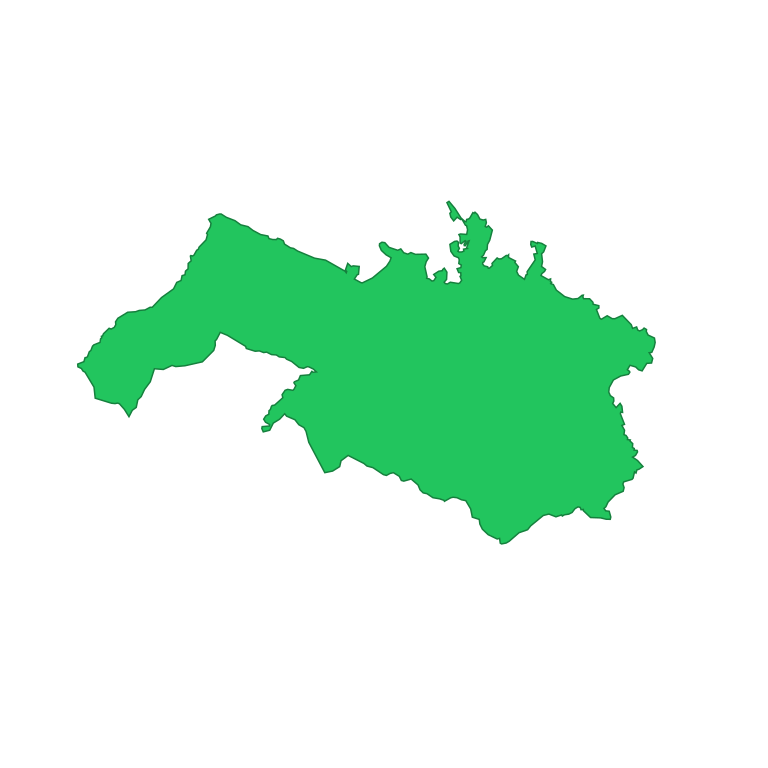 outline of Parva, Bistrita-Nasaud, Romania, rotated 240°
{"feature_id": "2599482B44846698630488", "entity_name": "Parva", "entity_type": "district", "adm_level": 2, "iso_a3": "ROU", "parent_name": "Romania", "parent_adm1": "Bistrita-Nasaud", "projection": "mercator", "projection_center": [24.578, 47.424], "detail": "fine", "context": "isolated", "style": "filled", "palette": "green", "viewbox_px": 768, "rotation_deg": 240, "n_neighbors": 0, "source": "geoboundaries", "source_scale": "gbopen_adm2", "svg_char_len": 6171}
<svg xmlns="http://www.w3.org/2000/svg" viewBox="0 0 768 768"><g transform="rotate(240 384 384)"><path d="M402.4,581.2L407.0,579.2L410.6,582.4L418.0,585.6L418.6,588.3L422.6,593.3L426.9,590.9L429.8,587.8L429.1,587.0L433.1,584.1L433.9,582.6L431.4,580.8L428.7,580.4L427.9,583.9L420.4,582.0L421.6,578.7L415.9,577.0L409.7,564.1L407.2,562.9L407.5,561.6L404.4,558.0L411.0,554.9L415.2,555.2L418.4,559.0L423.9,558.1L424.7,559.4L431.3,555.1L433.6,556.5L433.3,555.2L434.2,554.2L433.7,548.3L434.9,545.9L436.6,545.0L434.4,537.8L432.4,537.2L431.6,533.3L432.1,532.2L433.7,532.4L436.2,529.8L438.5,529.4L439.9,530.3L439.8,531.6L442.4,535.6L444.1,532.6L445.3,532.1L445.9,534.7L448.7,538.5L449.0,540.6L453.1,543.4L455.7,547.5L463.1,554.8L468.8,553.5L468.5,551.2L469.8,550.4L472.5,553.3L475.7,554.4L476.4,551.9L478.9,549.5L484.1,549.7L487.3,548.7L486.8,547.4L488.0,546.7L484.9,541.4L484.6,539.8L485.2,537.9L483.5,536.2L484.4,535.3L489.3,533.7L500.6,533.2L509.7,531.6L509.6,529.2L499.5,528.4L498.9,526.4L495.2,525.3L490.4,525.9L491.9,530.7L488.1,532.6L487.7,533.9L480.7,533.9L479.9,534.7L475.8,533.5L472.2,530.4L475.7,525.2L476.0,523.6L473.3,523.4L467.9,520.4L466.9,521.1L467.6,526.0L466.7,526.4L464.9,523.2L463.7,522.7L463.1,523.5L465.8,528.4L465.5,529.4L460.4,523.4L459.8,523.7L461.0,520.3L459.2,519.7L459.4,517.5L460.7,515.1L462.0,514.3L463.8,517.1L466.4,517.2L469.5,519.3L471.3,518.7L472.2,516.4L472.0,510.9L465.4,508.2L459.9,508.7L456.1,511.6L454.0,511.3L450.9,509.0L448.4,510.4L446.4,508.8L447.3,504.9L443.2,504.4L442.0,506.1L439.2,504.7L439.2,503.7L435.0,503.1L433.6,500.1L433.8,498.7L439.0,492.3L438.9,488.9L440.3,487.3L442.1,487.0L443.3,490.5L449.4,494.4L454.2,494.1L453.8,492.0L453.0,491.2L454.3,487.8L454.0,481.8L450.4,482.3L448.6,478.8L449.2,477.0L452.3,475.8L454.2,473.8L455.3,474.9L465.2,478.0L468.8,481.7L470.8,485.5L475.5,485.2L480.6,476.0L484.4,473.0L484.5,469.6L487.8,466.7L492.6,466.1L492.9,462.8L499.8,456.7L506.0,455.4L507.8,453.1L507.7,450.3L506.0,449.1L501.0,448.5L494.8,450.4L489.8,453.3L487.5,450.6L484.7,445.0L481.6,427.0L482.4,415.8L483.2,414.8L489.7,410.8L492.0,415.3L491.8,416.8L498.2,421.3L501.7,416.4L502.1,414.3L506.6,412.9L502.0,407.6L500.1,408.0L499.2,406.9L501.1,406.7L520.5,395.3L527.7,386.8L542.3,375.7L546.6,373.5L548.8,371.0L554.9,367.8L558.3,368.4L561.2,366.8L563.4,364.7L562.9,363.0L564.8,359.8L567.4,357.1L570.2,357.5L575.1,351.9L582.5,347.3L588.3,344.9L593.5,339.5L600.0,336.6L607.2,330.8L612.6,328.0L613.4,326.7L614.3,323.4L613.8,322.0L614.3,314.5L609.6,314.5L606.9,312.2L603.2,305.7L601.7,305.9L597.8,302.0L595.0,292.3L593.5,290.5L593.5,288.7L590.6,283.8L590.6,282.1L591.8,281.0L591.6,280.3L587.1,278.6L586.3,274.7L581.7,271.9L581.0,268.5L578.1,266.3L578.8,263.3L575.1,260.0L575.6,255.3L571.6,249.3L570.1,234.5L566.3,221.7L567.4,219.8L567.6,214.1L570.1,208.8L570.8,205.0L574.3,197.9L574.0,186.4L572.1,182.6L569.5,181.4L567.9,178.7L568.0,175.2L569.7,173.8L567.8,166.2L566.4,164.4L566.6,163.1L565.1,162.6L564.8,161.1L562.0,158.9L563.0,152.5L562.5,150.5L559.6,146.9L559.3,144.9L556.1,141.1L555.7,139.8L556.3,138.3L553.4,135.3L554.4,128.7L551.9,127.5L548.7,129.7L545.7,129.8L543.7,131.0L526.3,131.3L516.1,126.8L503.6,138.4L501.5,141.3L500.7,143.7L499.2,145.0L491.8,146.5L483.2,146.8L487.1,152.9L487.6,157.7L493.4,162.9L494.5,167.4L499.0,173.9L502.8,182.7L512.0,192.8L506.9,200.2L506.1,209.7L503.2,212.4L499.3,220.8L494.0,237.8L498.2,253.3L501.8,257.2L505.8,259.3L506.2,261.1L510.6,268.0L504.5,272.7L485.8,283.0L483.6,282.5L476.8,288.8L475.0,292.6L471.4,295.5L470.3,298.3L465.7,301.3L463.0,305.3L459.9,306.8L456.3,311.6L454.3,312.0L449.7,315.3L440.8,318.7L437.8,322.2L437.4,326.2L436.4,327.5L432.3,330.3L428.3,331.5L429.7,328.3L431.0,327.9L429.2,324.1L433.1,315.8L430.2,312.0L430.7,307.5L430.1,306.6L426.6,306.8L424.4,303.3L424.1,301.9L427.5,297.9L428.0,295.2L425.7,290.4L422.7,289.5L420.4,278.7L421.3,276.4L420.9,275.3L418.7,272.8L418.4,271.1L415.4,269.1L415.5,265.6L413.7,262.2L410.1,262.3L406.1,264.7L404.9,263.8L408.0,257.2L406.5,255.9L402.9,255.5L401.1,261.9L405.5,268.6L405.7,276.0L407.9,283.1L404.8,283.6L397.6,289.0L391.3,289.9L386.2,292.9L381.9,292.8L371.1,289.7L336.8,288.4L334.3,296.0L334.6,304.3L339.0,308.4L340.1,317.2L325.2,326.9L321.5,328.2L317.1,332.6L305.8,338.2L303.6,340.4L303.5,344.6L302.5,347.8L296.4,351.1L291.8,350.8L290.0,352.6L288.1,360.0L279.5,363.0L274.3,362.3L270.1,363.5L267.5,366.4L261.1,369.5L256.7,374.8L253.1,377.9L252.2,377.7L252.1,384.9L251.4,387.2L249.0,390.4L245.0,393.2L242.1,396.5L232.5,396.6L224.5,393.9L219.1,398.8L214.8,397.0L209.1,396.6L201.4,398.9L193.2,404.5L192.5,406.9L188.0,405.1L186.7,405.9L185.2,410.3L185.2,413.8L187.7,426.6L186.0,435.5L187.8,440.0L190.5,456.2L188.9,461.8L183.0,466.5L181.8,472.4L180.5,472.4L180.5,474.9L178.9,479.0L178.7,482.7L180.5,486.9L180.6,490.6L179.0,492.2L176.6,491.8L175.7,493.9L174.7,493.3L165.1,496.1L159.8,504.6L155.7,508.9L153.7,512.3L155.4,513.9L161.2,515.4L163.3,512.6L166.3,512.3L166.7,514.7L169.7,519.0L172.5,528.8L171.5,537.5L174.2,540.1L178.0,540.9L179.4,542.7L177.4,551.1L177.9,552.6L182.6,557.0L180.9,557.7L183.2,560.1L182.7,562.1L183.0,567.0L191.0,565.3L196.4,562.7L196.4,566.1L198.4,569.6L199.9,570.0L201.7,567.5L203.0,568.5L204.8,567.4L208.0,569.6L211.8,568.5L212.4,569.3L214.2,567.0L215.4,568.1L218.4,567.9L220.2,566.5L223.7,569.2L229.2,569.3L228.8,572.1L240.0,573.8L241.3,574.9L240.1,576.4L245.8,578.9L249.2,578.8L247.5,573.2L252.8,572.3L254.3,574.5L257.1,575.9L260.8,574.2L264.6,574.6L268.3,577.3L272.8,584.7L272.6,592.9L270.2,600.5L271.2,602.7L272.1,603.0L274.7,601.9L277.2,606.4L272.9,610.5L269.0,611.6L266.3,614.1L270.5,621.9L268.4,626.2L271.8,629.5L278.5,629.3L277.5,631.7L280.9,636.4L284.4,639.6L288.6,641.2L294.3,637.2L298.4,637.4L299.9,638.6L302.4,637.2L301.8,635.1L302.1,631.9L303.9,630.7L307.1,631.3L307.9,627.1L311.7,627.8L324.3,624.7L325.1,616.6L326.5,614.3L331.5,611.4L331.4,604.6L333.1,603.8L342.3,605.2L342.4,608.1L344.4,609.2L348.5,605.0L350.3,605.8L355.0,604.7L358.1,599.5L359.9,599.7L361.3,601.1L361.8,599.9L361.0,594.8L363.2,589.8L369.3,584.2L379.1,580.2L385.4,580.4L387.6,578.6L388.3,580.1L389.6,579.4L391.7,580.8L392.1,578.5L399.4,574.2L400.7,575.9L401.2,579.3L402.4,581.2Z" fill="#22c55e" stroke="#15803d" stroke-width="1.5"/></g></svg>